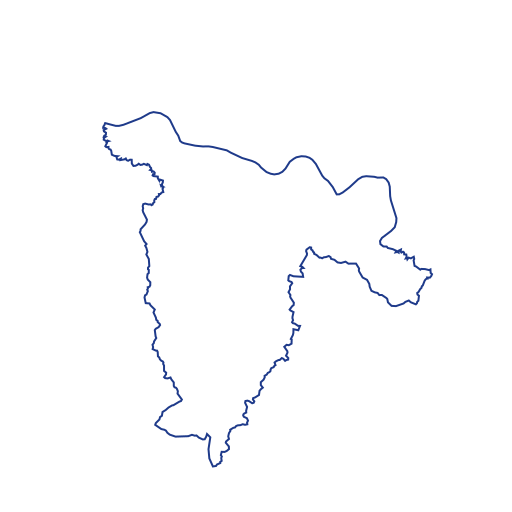 outline of São Borja, Rio Grande do Sul, Brazil, rotated 68°
{"feature_id": "56859067B95150406275386", "entity_name": "São Borja", "entity_type": "district", "adm_level": 2, "iso_a3": "BRA", "parent_name": "Brazil", "parent_adm1": "Rio Grande do Sul", "projection": "natural_earth1", "projection_center": [-55.782, -28.711], "detail": "fine", "context": "isolated", "style": "outline", "palette": "blue", "viewbox_px": 512, "rotation_deg": 68, "n_neighbors": 0, "source": "geoboundaries", "source_scale": "gbopen_adm2", "svg_char_len": 6132}
<svg xmlns="http://www.w3.org/2000/svg" viewBox="0 0 512 512"><g transform="rotate(68 256 256)"><path d="M296.2,131.3L294.9,134.3L291.6,136.2L288.6,135.4L286.4,132.5L283.4,121.4L281.3,116.6L277.1,113.3L273.5,111.6L255.0,110.1L250.8,109.2L241.8,106.0L237.6,105.5L233.5,106.5L230.9,108.5L228.9,113.9L226.9,116.6L223.3,123.9L222.4,127.8L223.1,132.5L227.3,143.5L229.6,151.8L230.0,155.7L229.1,158.1L220.9,159.0L213.4,161.1L209.5,163.5L206.3,164.5L193.1,166.0L187.9,167.7L185.0,169.6L182.4,172.6L180.5,176.5L179.6,181.6L180.0,184.6L181.3,189.4L186.0,195.9L187.8,200.0L188.2,204.1L187.2,208.5L185.2,211.6L182.1,214.8L175.8,218.2L172.5,219.2L169.0,221.5L166.3,224.2L160.0,232.1L150.7,240.7L147.1,243.5L138.7,255.3L136.6,258.9L134.5,264.3L130.9,271.1L124.8,280.1L123.1,282.0L121.0,283.2L115.3,283.0L110.8,283.9L97.7,284.8L94.1,286.1L87.9,291.0L84.2,297.1L83.7,300.9L85.0,311.2L84.7,329.7L84.0,334.4L82.8,337.3L76.3,346.1L78.1,347.8L78.7,348.9L79.9,349.7L81.0,347.7L81.9,347.2L82.2,350.1L83.5,350.3L85.5,348.9L87.4,349.8L87.6,351.6L88.5,352.5L89.2,351.1L89.6,352.8L91.1,353.6L94.0,351.3L95.2,351.7L97.8,354.6L99.0,354.0L99.6,351.9L100.8,352.4L101.9,352.1L102.8,351.0L104.1,350.8L108.1,351.7L110.2,349.7L111.6,347.0L111.8,348.3L114.5,348.5L115.3,347.0L115.1,344.9L116.3,345.7L117.1,341.8L116.8,340.2L118.6,340.1L119.8,338.9L119.5,336.7L120.2,335.2L123.8,336.5L126.6,335.9L127.2,333.8L127.0,331.5L126.5,330.2L128.3,329.0L128.7,327.1L128.5,325.5L130.9,323.1L130.0,322.2L131.3,321.0L133.8,320.9L135.1,320.3L136.1,320.6L136.6,321.9L137.7,320.5L138.9,320.9L139.2,319.3L140.8,318.7L142.0,319.4L141.6,320.8L142.6,321.7L143.5,321.1L145.6,317.3L147.2,317.9L150.2,317.4L149.2,316.4L151.2,314.0L152.8,314.8L154.5,316.6L157.9,316.4L158.7,317.5L162.0,318.0L161.8,319.7L162.7,321.4L162.2,322.8L163.3,323.0L164.2,324.4L163.9,326.1L165.6,327.3L165.3,328.5L166.3,329.5L168.0,330.1L168.4,331.5L169.6,332.6L169.7,333.9L168.7,334.2L168.0,336.3L165.9,339.1L165.7,341.1L167.4,342.4L169.6,342.8L171.0,343.9L173.2,344.2L181.4,343.5L183.4,344.7L185.2,347.1L188.0,353.0L189.4,353.6L190.4,354.8L200.5,354.2L203.9,353.0L204.9,354.9L207.5,354.6L211.5,355.1L213.5,357.1L218.6,356.5L225.4,358.7L226.4,360.5L227.8,361.1L228.7,360.6L231.6,361.8L232.2,363.4L235.3,365.1L237.3,365.2L240.7,363.8L243.5,365.0L244.6,366.3L244.4,368.1L245.7,368.4L246.5,369.5L248.0,369.4L250.7,372.0L250.9,373.6L252.7,374.9L258.4,375.9L260.1,372.5L262.2,372.3L267.7,369.9L270.0,372.2L275.7,371.9L277.8,372.4L279.3,371.5L280.4,371.9L283.0,370.7L284.1,370.8L285.5,373.0L285.9,376.2L286.8,377.6L293.0,379.2L294.7,379.2L297.0,382.5L298.5,383.4L299.5,385.2L301.9,385.5L303.6,386.7L306.2,384.3L306.7,383.2L308.2,383.1L312.3,384.5L313.8,383.7L315.7,383.8L317.7,383.0L318.7,382.0L320.0,381.7L321.3,382.5L323.1,382.3L328.1,384.3L330.5,383.0L332.1,383.8L333.9,386.6L335.2,386.0L336.4,383.8L336.6,380.8L338.7,380.7L342.4,379.6L345.7,380.9L347.2,380.7L348.2,379.5L349.5,379.1L352.1,379.1L354.2,380.3L361.3,378.5L362.4,379.9L362.3,381.5L363.4,388.5L363.1,389.7L363.7,393.8L365.0,397.5L365.6,401.1L368.9,403.1L369.4,405.3L371.4,406.8L373.4,411.5L374.8,412.7L381.0,408.6L382.8,406.0L384.2,404.9L386.7,404.4L389.3,402.9L393.3,398.3L397.7,386.3L397.8,382.4L399.7,380.0L400.1,378.4L403.0,377.0L406.2,374.0L406.7,372.2L404.8,369.8L402.7,368.1L407.0,366.3L417.3,372.4L426.2,375.1L435.0,374.8L435.7,371.7L434.7,370.3L434.6,366.7L433.5,366.3L433.1,364.6L430.3,363.9L429.1,362.8L427.5,363.2L424.7,361.2L425.9,358.5L425.8,356.2L424.9,353.4L422.4,352.5L417.8,354.0L416.8,353.3L415.5,349.6L412.8,349.3L410.1,347.4L408.5,345.2L407.4,345.0L406.8,341.4L407.1,339.7L406.2,338.1L406.2,336.3L407.0,333.8L407.0,331.3L408.4,329.4L408.8,327.1L407.1,326.7L405.7,325.1L403.0,325.2L400.5,327.5L399.0,327.6L398.1,327.0L397.6,325.8L397.5,323.7L395.9,323.2L392.6,320.8L388.0,321.1L386.5,320.1L386.9,318.1L388.1,316.7L391.1,314.7L391.2,313.1L390.1,312.0L387.8,312.6L386.7,311.9L386.8,309.9L386.0,305.3L382.3,303.2L381.3,301.3L380.6,299.0L377.5,299.9L374.8,298.8L373.5,295.3L371.8,293.4L370.3,292.9L370.0,290.5L368.8,288.9L368.7,287.0L368.1,285.7L366.7,285.0L365.7,283.8L365.7,281.3L364.7,280.1L364.5,278.8L361.7,278.7L361.1,276.9L360.9,274.1L361.3,273.0L360.3,270.3L361.6,269.1L364.1,268.3L363.8,266.8L364.1,265.0L362.7,264.3L359.7,265.5L357.4,263.0L356.0,262.6L350.8,263.8L349.8,260.9L351.0,259.0L350.6,255.9L346.8,254.2L346.0,254.8L343.2,251.5L341.4,250.2L337.9,248.7L340.7,244.6L337.3,241.4L336.5,243.2L333.2,245.4L332.1,247.0L330.9,247.4L329.4,245.7L327.2,245.5L325.8,244.8L322.1,242.2L319.4,244.5L318.3,244.9L316.1,241.3L315.6,239.5L313.5,238.4L307.5,239.6L306.2,239.5L305.1,238.7L301.7,239.4L299.6,236.9L296.9,235.9L294.8,232.6L293.4,232.8L291.8,234.6L290.7,235.2L286.9,233.2L286.3,231.6L288.8,228.9L293.0,220.1L289.6,219.3L287.3,220.2L285.4,220.0L284.4,218.0L284.9,216.5L283.4,217.1L282.0,218.7L274.2,208.5L272.9,207.8L270.2,207.7L269.0,206.8L268.0,202.9L268.8,201.7L270.6,202.4L272.1,201.4L273.3,201.6L274.5,200.8L275.7,201.3L277.7,199.5L281.3,197.8L281.7,196.7L282.9,195.5L282.6,193.7L283.2,191.5L283.3,188.5L285.0,187.3L286.7,187.5L288.9,184.7L292.5,182.8L294.3,179.8L294.8,175.1L297.7,173.2L300.5,166.1L306.2,165.1L307.7,166.0L309.0,166.2L315.9,165.2L319.7,162.0L324.3,161.4L327.1,162.1L331.5,162.0L334.2,159.5L335.8,157.1L338.4,156.3L339.3,153.9L343.9,150.8L345.1,150.4L348.4,151.0L353.0,149.0L354.9,145.0L355.3,137.0L354.5,134.7L354.5,131.0L356.9,129.8L360.7,125.9L360.1,124.5L358.9,123.7L358.3,122.2L353.9,119.8L352.2,120.7L350.7,120.4L350.2,118.7L348.2,116.2L347.6,114.6L346.2,113.6L345.8,112.4L342.2,109.0L341.4,107.8L340.9,106.5L341.2,105.4L340.1,105.3L341.2,102.9L340.2,101.0L338.8,99.6L337.1,100.4L333.8,99.3L333.9,100.8L331.5,104.1L329.9,107.6L330.2,108.8L325.7,111.5L324.6,112.7L319.1,111.5L318.0,110.4L315.8,110.0L316.2,113.3L314.7,115.1L315.8,116.9L314.5,116.7L314.3,118.0L313.1,116.6L310.9,116.1L310.0,118.0L308.2,117.4L307.1,118.1L307.3,119.9L306.0,120.2L304.3,119.2L304.5,121.8L306.3,122.5L305.2,123.4L304.9,125.2L303.8,123.9L300.9,126.6L297.9,130.8L296.2,131.3ZM94.0,351.3L93.3,350.5L94.2,349.6L94.0,351.3ZM156.5,316.6L155.0,317.7L156.1,317.8L156.5,316.6Z" fill="none" stroke="#1e3a8a" stroke-width="2"/></g></svg>